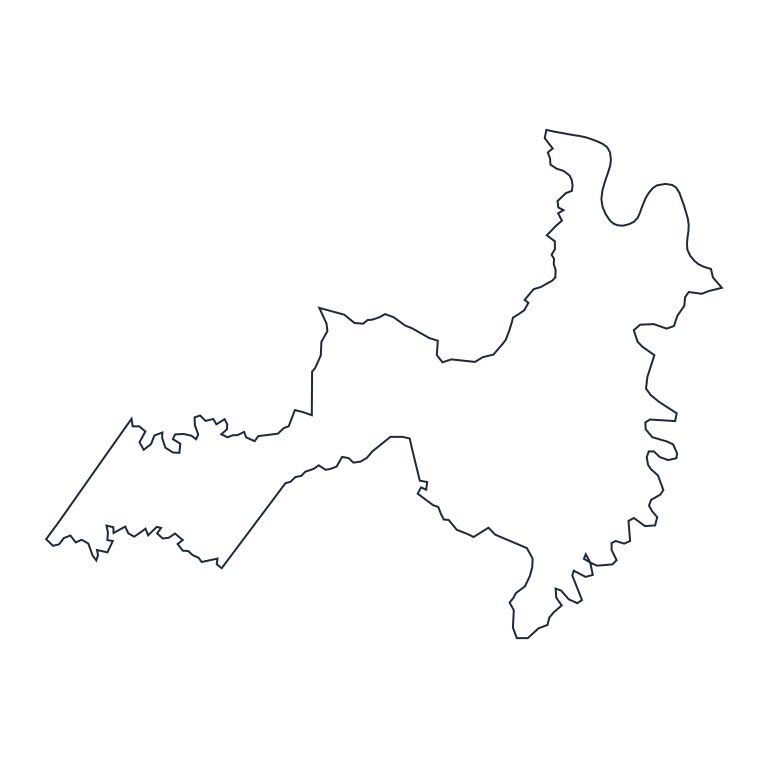 outline of Nonoai, Rio Grande do Sul, Brazil
{"feature_id": "56859067B21998969207293", "entity_name": "Nonoai", "entity_type": "district", "adm_level": 2, "iso_a3": "BRA", "parent_name": "Brazil", "parent_adm1": "Rio Grande do Sul", "projection": "orthographic", "projection_center": [-52.863, -27.353], "detail": "fine", "context": "isolated", "style": "outline", "palette": "slate", "viewbox_px": 768, "rotation_deg": 0, "n_neighbors": 0, "source": "geoboundaries", "source_scale": "gbopen_adm2", "svg_char_len": 4075}
<svg xmlns="http://www.w3.org/2000/svg" viewBox="0 0 768 768"><path d="M567.9,134.1L561.5,132.9L556.1,132.0L546.4,129.9L544.7,138.1L548.5,143.1L552.7,148.5L547.8,152.4L550.1,158.6L550.4,164.6L556.6,168.7L563.6,170.9L569.7,175.6L571.8,180.1L572.6,185.7L571.8,190.9L565.9,193.1L557.5,201.1L558.4,207.5L563.5,210.1L558.1,213.3L561.9,220.7L556.1,225.7L546.8,235.3L554.9,241.4L554.9,249.2L551.6,254.7L554.1,258.9L553.7,264.0L555.6,269.9L555.3,277.5L552.2,280.7L547.7,283.1L540.9,287.0L533.6,289.2L524.6,299.9L528.4,302.8L524.3,310.2L518.7,314.1L513.0,317.6L511.8,322.4L509.0,331.4L505.7,339.9L502.1,344.5L493.4,354.6L482.7,357.2L475.0,361.9L451.4,359.4L442.5,362.3L436.8,355.1L437.8,340.7L429.2,338.0L411.9,328.2L405.3,325.6L393.4,317.1L385.1,314.1L379.5,317.2L372.2,319.7L367.7,320.0L363.1,323.7L354.5,323.0L344.3,314.7L319.3,307.9L326.5,323.5L327.4,331.1L321.4,341.8L320.8,355.4L315.1,368.1L312.1,371.6L311.8,415.2L303.4,412.2L294.9,410.1L288.7,426.3L283.8,428.1L277.8,433.7L258.3,436.1L254.6,441.2L246.1,437.3L244.2,431.9L237.6,435.1L232.6,435.3L227.5,437.3L221.3,434.3L227.0,429.3L227.2,424.3L224.6,419.2L216.4,424.3L213.3,419.0L205.5,420.9L200.1,415.5L194.6,417.4L194.9,425.3L198.2,434.6L196.1,439.2L191.4,435.7L183.9,434.0L175.1,434.4L172.9,439.1L180.3,443.7L179.4,452.8L172.9,452.5L165.4,447.7L162.1,437.8L162.4,432.5L154.4,435.5L151.1,444.0L143.7,449.8L139.5,442.2L145.4,431.5L139.2,426.3L132.7,426.3L131.5,418.8L105.8,455.2L59.0,521.7L46.1,539.2L53.0,545.8L59.1,544.3L63.8,538.1L70.4,535.5L75.7,542.4L81.7,539.8L88.3,543.5L92.6,555.6L96.3,560.4L98.0,555.1L97.0,550.0L107.4,552.4L112.8,541.0L107.4,540.1L107.9,532.5L106.5,525.6L113.3,527.2L113.6,533.0L125.2,526.6L128.3,533.3L134.2,536.7L141.1,531.9L145.5,528.7L148.1,535.3L156.8,526.9L161.1,527.9L157.1,533.4L162.8,538.5L168.9,537.7L175.0,533.5L182.8,540.1L177.6,544.0L182.8,550.7L188.2,551.0L192.5,555.0L198.6,557.8L201.7,562.0L217.5,558.6L216.7,564.2L221.7,568.2L285.5,483.1L290.5,481.8L295.3,477.1L301.3,475.9L305.3,471.7L313.8,468.8L318.7,465.3L325.6,469.8L330.1,469.0L336.6,466.6L339.1,462.1L342.1,456.9L348.6,458.1L353.4,462.6L360.6,461.6L366.8,457.9L372.5,451.3L390.4,436.9L402.9,436.9L409.7,438.5L411.9,448.2L419.8,480.7L427.2,482.0L426.2,489.7L421.0,487.4L417.7,493.7L433.0,505.1L438.3,507.0L441.0,514.1L443.9,519.6L448.6,519.9L456.8,529.8L468.2,534.3L473.6,537.0L488.5,527.7L495.1,534.6L526.9,548.1L532.6,558.5L532.3,567.0L529.9,576.0L524.9,586.4L515.8,593.2L513.6,597.6L509.6,602.6L513.8,610.3L512.9,627.6L516.8,638.1L527.8,638.1L538.4,628.4L547.5,624.9L549.3,617.6L553.5,612.5L561.7,605.4L556.3,597.8L555.6,588.6L561.2,590.6L568.7,599.3L577.3,603.2L582.0,600.0L572.3,575.5L573.8,570.7L585.5,576.9L592.8,574.9L590.2,562.5L597.1,565.7L612.4,564.4L616.6,560.2L611.6,550.0L611.6,543.1L615.7,541.0L624.2,543.6L630.1,541.0L628.5,520.9L633.9,518.0L645.0,526.1L655.1,525.4L657.2,517.2L652.0,511.0L649.0,505.7L651.1,499.9L660.3,494.6L663.4,490.1L658.0,475.5L650.9,469.1L648.1,464.9L646.7,457.4L648.7,451.5L653.7,451.3L659.9,457.1L668.1,460.1L676.4,458.2L677.1,453.4L673.1,444.4L666.7,441.4L652.3,437.2L645.7,429.3L645.3,422.4L650.0,419.5L675.1,421.1L676.7,413.3L659.0,401.9L650.7,395.0L646.0,388.6L647.4,376.9L654.4,355.2L646.5,349.6L642.3,346.7L637.5,341.6L633.8,330.2L640.1,324.7L653.7,324.1L666.6,328.6L674.0,326.0L677.3,315.9L684.3,305.8L685.1,297.1L688.8,292.0L701.6,293.8L709.0,291.0L721.9,287.8L712.9,277.4L711.0,269.0L703.3,266.6L698.3,264.1L694.3,260.7L690.1,255.6L687.3,249.5L687.0,242.6L687.5,237.6L688.4,231.4L688.7,224.9L687.8,218.5L686.1,212.6L684.0,205.6L681.9,199.8L679.5,193.0L676.0,187.4L672.2,185.0L665.4,183.9L656.9,185.4L652.8,188.1L648.8,192.9L645.8,197.7L643.7,202.7L641.5,208.3L639.8,213.1L637.7,217.8L633.9,221.8L629.0,224.2L623.1,225.7L617.7,225.3L613.7,223.7L610.1,220.8L605.7,214.3L602.5,206.7L601.4,199.2L602.4,190.5L604.5,183.1L606.2,177.9L608.2,172.1L610.1,166.0L610.9,159.9L610.1,152.6L607.3,147.4L602.9,144.0L597.3,141.4L592.9,139.7L586.8,137.6L579.7,136.0L574.7,135.3L567.9,134.1ZM590.2,562.5L583.9,558.8L585.8,554.2L590.2,562.5Z" fill="none" stroke="#1e293b" stroke-width="2"/></svg>